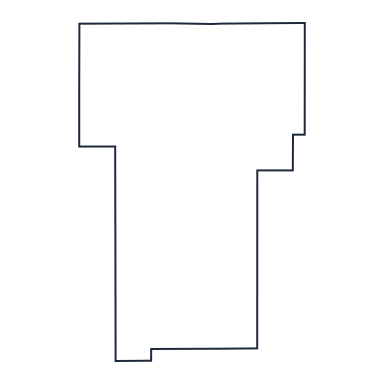 Benton, Mississippi, United States of America
{"feature_id": "52423323B42225674167868", "entity_name": "Benton", "entity_type": "district", "adm_level": 2, "iso_a3": "USA", "parent_name": "United States of America", "parent_adm1": "Mississippi", "projection": "orthographic", "projection_center": [-89.198, 34.789], "detail": "fine", "context": "isolated", "style": "outline", "palette": "slate", "viewbox_px": 384, "rotation_deg": 0, "n_neighbors": 0, "source": "geoboundaries", "source_scale": "gbopen_adm2", "svg_char_len": 388}
<svg xmlns="http://www.w3.org/2000/svg" viewBox="0 0 384 384"><path d="M79.4,23.7L79.3,62.9L79.2,86.8L79.2,146.5L115.2,146.5L115.2,166.0L115.4,247.5L115.6,361.0L151.1,360.7L151.2,349.0L221.8,348.7L257.2,348.4L257.3,170.4L292.8,170.4L293.0,134.7L304.7,134.7L304.8,23.0L298.5,23.0L222.9,23.6L211.0,24.0L183.1,23.5L170.3,23.3L79.4,23.7Z" fill="none" stroke="#1e293b" stroke-width="2"/></svg>